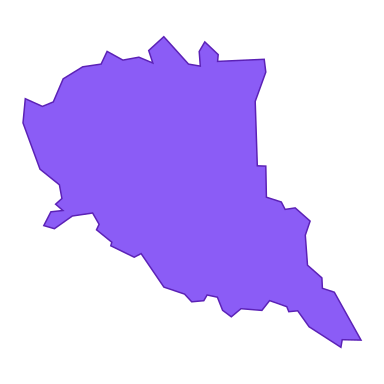 the district of Cheshinovo - Obleshevo, Češinovo-Obleševo, North Macedonia
{"feature_id": "65306769B60953626693828", "entity_name": "Cheshinovo - Obleshevo", "entity_type": "district", "adm_level": 2, "iso_a3": "MKD", "parent_name": "North Macedonia", "parent_adm1": "Češinovo-Obleševo", "projection": "equal_earth", "projection_center": [22.304, 41.875], "detail": "fine", "context": "isolated", "style": "filled", "palette": "violet", "viewbox_px": 384, "rotation_deg": 0, "n_neighbors": 0, "source": "geoboundaries", "source_scale": "gbopen_adm2", "svg_char_len": 924}
<svg xmlns="http://www.w3.org/2000/svg" viewBox="0 0 384 384"><path d="M310.1,221.1L295.2,207.9L285.1,209.4L281.3,202.0L266.4,197.2L265.8,166.1L257.3,165.8L255.2,101.4L265.8,72.1L264.2,59.3L217.6,61.4L218.2,54.6L204.8,41.9L199.2,51.5L200.3,66.1L188.5,64.1L163.8,36.7L148.7,50.5L152.8,63.0L138.9,57.2L122.9,60.1L107.1,51.4L101.1,64.1L82.7,66.8L63.2,78.8L53.3,101.9L42.4,106.4L25.3,98.7L23.0,122.9L40.0,169.2L59.4,184.8L61.9,198.5L55.6,204.2L62.9,210.5L50.9,211.8L43.8,225.6L54.4,228.7L72.3,216.0L92.6,213.0L99.1,224.3L96.5,229.8L111.8,242.2L110.8,245.8L134.2,257.2L141.1,253.6L163.9,287.1L184.6,294.1L191.7,301.8L203.8,300.7L207.1,295.0L217.4,297.2L222.6,310.3L231.3,316.8L241.0,308.7L261.9,310.4L269.6,300.6L286.8,306.7L288.8,311.7L297.7,310.8L309.1,326.8L340.9,347.3L342.2,339.7L361.0,340.1L334.3,292.2L322.4,288.3L321.9,277.9L307.5,265.2L305.3,235.2L310.1,221.1Z" fill="#8b5cf6" stroke="#5b21b6" stroke-width="1.5"/></svg>